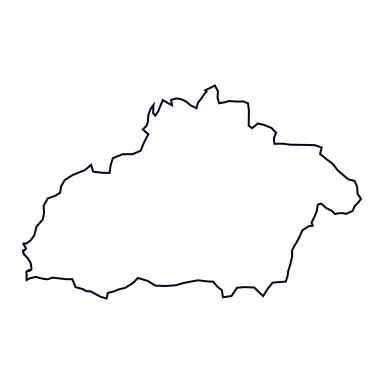 Koili, Paphos, Cyprus (Mercator projection)
{"feature_id": "46923920B65827682007345", "entity_name": "Koili", "entity_type": "district", "adm_level": 2, "iso_a3": "CYP", "parent_name": "Cyprus", "parent_adm1": "Paphos", "projection": "mercator", "projection_center": [32.445, 34.867], "detail": "fine", "context": "isolated", "style": "outline", "palette": "ink", "viewbox_px": 384, "rotation_deg": 0, "n_neighbors": 0, "source": "geoboundaries", "source_scale": "gbopen_adm2", "svg_char_len": 2143}
<svg xmlns="http://www.w3.org/2000/svg" viewBox="0 0 384 384"><path d="M23.1,250.3L23.0,252.0L24.2,254.7L27.3,257.5L28.9,260.3L30.4,262.4L30.9,264.2L31.3,267.3L31.4,269.5L30.0,270.6L29.0,270.1L28.8,270.9L27.6,270.8L26.2,272.1L26.7,273.9L26.5,280.0L29.9,278.3L35.7,276.9L42.5,278.7L47.8,279.3L52.4,277.6L66.0,279.2L72.3,279.2L75.5,287.1L83.1,289.2L86.0,291.1L90.7,291.4L96.4,294.5L100.4,296.7L106.6,298.5L107.8,292.9L114.0,291.4L118.1,289.6L125.3,287.8L133.1,282.9L137.9,278.0L147.7,280.9L155.3,285.6L165.4,286.0L175.7,285.3L183.6,283.0L190.7,281.6L198.0,280.3L208.3,281.5L213.0,281.6L218.0,287.2L221.9,290.2L222.9,297.2L224.2,297.1L231.5,296.0L237.0,287.8L243.9,287.1L254.2,287.5L263.1,296.1L268.3,287.9L272.6,282.7L276.1,282.3L285.8,281.6L287.6,275.9L288.2,271.1L290.1,265.2L292.1,256.9L292.1,250.4L294.5,245.6L296.6,242.4L299.5,236.8L302.4,230.3L308.5,226.3L312.8,225.7L311.5,222.6L313.9,218.1L316.6,211.5L317.8,204.6L321.2,203.6L326.3,208.1L332.1,211.0L334.9,214.0L339.1,213.2L342.2,213.1L346.2,213.8L351.3,211.5L352.6,210.9L354.7,206.0L358.5,202.3L361.0,198.8L357.5,193.8L357.2,186.7L354.5,180.9L348.2,179.3L337.9,170.5L332.5,163.7L325.9,158.7L320.1,154.0L321.7,147.5L314.9,145.2L305.5,144.9L290.6,144.7L282.8,143.7L274.4,143.8L273.9,138.2L276.1,132.8L271.4,127.9L263.8,124.9L257.8,123.5L252.1,128.2L248.7,125.6L248.9,110.2L248.0,103.3L243.0,101.4L237.8,101.6L228.7,101.1L225.5,102.1L219.1,103.3L217.5,97.2L218.0,91.4L214.9,85.5L210.9,87.6L205.2,90.3L206.5,91.6L204.3,94.0L201.7,98.0L197.9,102.8L196.5,108.2L190.9,105.5L185.9,101.4L180.4,98.9L176.1,98.5L171.1,99.9L172.0,105.2L168.9,103.6L162.9,100.1L160.4,105.8L158.3,111.2L155.3,115.6L153.2,113.3L153.3,106.6L153.5,104.9L150.7,108.8L148.4,114.7L147.9,121.6L146.5,125.8L142.8,129.5L148.4,134.2L144.9,140.7L142.6,145.8L140.7,150.7L132.5,154.2L122.7,154.2L112.8,158.2L110.5,165.9L109.6,172.9L102.3,172.8L93.2,171.7L91.1,164.9L85.0,170.0L72.5,175.1L64.8,180.0L61.1,186.3L60.1,192.8L55.4,195.7L47.7,198.5L43.7,205.7L44.0,212.9L42.8,219.4L36.5,226.6L34.3,235.4L30.6,240.4L26.6,243.4L23.4,243.5L23.3,244.0L26.1,248.4L24.3,250.6L23.1,250.3Z" fill="none" stroke="#020617" stroke-width="2"/></svg>